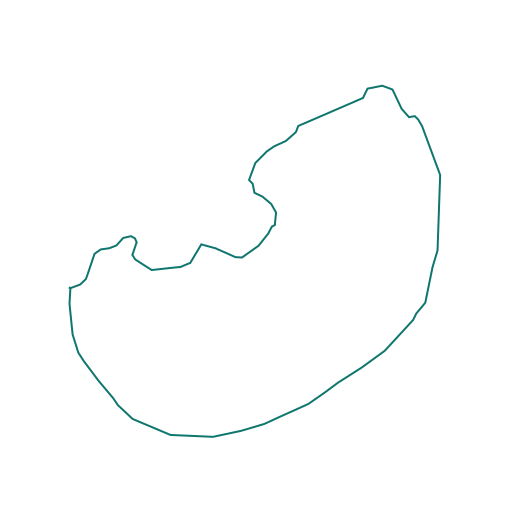 N'Djaména, Ville de N'Djamena, Chad, rotated 102°
{"feature_id": "50815135B39277656442366", "entity_name": "N'Djaména", "entity_type": "district", "adm_level": 2, "iso_a3": "TCD", "parent_name": "Chad", "parent_adm1": "Ville de N'Djamena", "projection": "natural_earth1", "projection_center": [15.012, 12.105], "detail": "fine", "context": "isolated", "style": "outline", "palette": "teal", "viewbox_px": 512, "rotation_deg": 102, "n_neighbors": 0, "source": "geoboundaries", "source_scale": "gbopen_adm2", "svg_char_len": 1823}
<svg xmlns="http://www.w3.org/2000/svg" viewBox="0 0 512 512"><g transform="rotate(102 256 256)"><path d="M266.5,80.7L230.2,81.0L212.8,79.6L138.5,92.7L94.5,120.5L88.8,125.7L86.2,129.8L87.8,133.8L88.4,135.2L84.4,140.6L83.5,141.8L81.7,144.2L74.5,149.7L72.0,151.6L65.3,156.7L64.8,157.2L63.8,163.6L63.7,164.5L63.2,168.0L63.5,168.6L65.8,174.0L67.5,177.8L67.9,178.9L69.1,181.7L71.0,182.2L74.1,183.0L77.2,183.7L79.2,184.2L80.1,185.5L90.5,200.1L92.2,202.5L97.8,210.4L104.5,219.8L120.0,241.7L126.4,242.7L126.6,242.8L133.0,247.5L135.5,249.4L137.3,250.7L139.6,253.8L140.6,255.1L142.0,257.1L145.1,261.2L148.2,264.1L151.7,267.4L151.8,267.4L152.6,267.9L165.2,276.0L178.3,277.9L178.9,278.0L181.1,278.3L182.2,278.5L183.1,278.6L186.0,274.3L194.4,270.7L195.3,267.5L195.4,266.9L196.0,264.5L196.6,262.0L198.2,259.0L202.0,251.9L209.3,245.4L218.6,244.4L221.8,244.0L224.0,246.6L231.5,248.7L245.4,255.6L259.1,268.2L260.2,269.2L260.4,269.4L261.0,273.3L261.4,275.9L261.1,277.0L261.1,277.3L259.7,283.7L257.3,295.3L256.9,296.8L256.4,305.7L256.0,311.9L265.1,315.0L266.5,315.5L275.6,318.6L276.4,318.8L279.3,323.1L282.4,327.5L285.2,336.3L288.8,347.2L291.4,355.1L287.6,365.3L284.4,373.6L282.7,375.1L280.6,377.2L278.7,376.9L267.4,375.6L264.5,377.7L264.0,378.0L263.9,378.1L262.6,382.4L266.0,389.7L267.0,390.3L269.2,391.5L274.8,394.8L278.1,399.9L278.8,401.0L279.3,402.2L281.9,409.3L287.5,414.4L289.2,414.6L290.9,414.8L304.6,416.4L304.8,416.4L309.6,417.0L313.9,417.6L320.4,422.0L322.8,425.7L325.7,430.3L325.8,432.4L326.3,430.8L335.0,429.5L341.5,428.5L370.8,419.1L387.5,409.7L394.7,402.5L410.9,383.9L424.8,366.1L430.6,360.1L441.1,342.7L448.8,302.5L448.8,302.3L441.8,260.4L430.1,234.2L418.5,212.9L408.5,199.5L389.9,174.1L375.4,160.5L362.8,149.4L343.1,129.4L322.0,110.4L285.9,89.0L279.0,87.3L266.5,80.7Z" fill="none" stroke="#0f766e" stroke-width="2"/></g></svg>